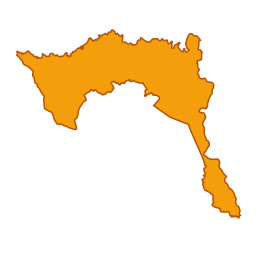 the district of Xaysetha, Attapu, Laos, rotated 175°
{"feature_id": "54806243B4321376255205", "entity_name": "Xaysetha", "entity_type": "district", "adm_level": 2, "iso_a3": "LAO", "parent_name": "Laos", "parent_adm1": "Attapu", "projection": "robinson", "projection_center": [107.034, 14.975], "detail": "fine", "context": "isolated", "style": "filled", "palette": "amber", "viewbox_px": 256, "rotation_deg": 175, "n_neighbors": 0, "source": "geoboundaries", "source_scale": "gbopen_adm2", "svg_char_len": 5808}
<svg xmlns="http://www.w3.org/2000/svg" viewBox="0 0 256 256"><g transform="rotate(175 128 128)"><path d="M24.8,40.1L26.4,41.4L27.0,43.1L27.3,45.6L26.7,46.9L26.6,49.3L27.5,50.6L28.0,53.5L30.3,58.0L32.7,59.3L33.8,63.4L36.1,65.8L36.3,66.8L36.0,69.1L34.6,70.3L34.1,71.0L37.0,74.5L38.2,77.5L40.4,80.8L40.5,82.1L39.6,85.3L40.2,87.9L40.9,88.8L41.8,89.3L46.9,89.4L50.9,90.8L51.3,91.5L51.9,91.7L52.5,92.7L54.8,94.6L54.7,95.6L54.0,96.9L52.7,98.0L50.1,101.9L48.7,103.1L48.4,105.1L48.7,107.0L49.5,108.3L50.3,108.6L50.8,109.4L52.4,114.8L52.6,116.6L51.8,121.6L53.3,124.7L52.6,127.5L50.1,131.0L49.6,132.6L50.3,134.1L50.5,135.4L51.4,136.4L55.1,137.4L55.8,138.0L55.8,138.5L54.5,140.4L53.4,141.2L51.0,141.2L49.0,140.4L48.1,140.8L46.9,142.8L46.6,145.4L44.5,150.6L42.4,153.9L41.4,154.7L41.0,156.2L40.8,158.7L39.1,161.4L38.9,163.0L39.4,165.0L40.4,166.0L45.4,167.2L46.8,170.8L50.3,170.5L52.1,171.5L52.8,172.6L52.9,174.9L53.8,175.8L53.9,176.4L53.3,178.4L52.3,179.1L51.9,180.0L52.8,181.4L53.3,183.0L52.9,185.9L53.7,186.6L52.9,188.0L53.3,188.1L52.9,189.1L49.9,189.3L48.7,190.2L48.3,195.3L47.5,197.2L48.4,197.3L48.4,198.4L49.0,199.5L51.0,199.9L51.3,200.4L51.2,201.3L50.4,203.2L50.0,207.9L49.3,208.7L48.2,209.0L49.6,211.5L51.4,213.8L54.1,214.0L55.8,215.9L56.5,216.3L58.1,216.4L59.4,215.3L60.8,213.1L63.1,207.3L62.9,204.7L62.3,204.1L62.4,203.5L62.1,203.2L62.2,201.8L61.3,201.6L61.0,200.8L60.6,200.5L61.1,199.5L63.3,198.7L63.8,198.9L64.5,200.1L64.9,201.0L64.6,201.9L65.1,202.3L65.7,201.8L65.8,200.8L66.4,199.2L67.1,199.2L68.9,200.5L69.2,201.3L70.6,203.4L71.1,204.9L70.8,205.8L68.9,207.9L69.1,208.4L70.1,208.5L72.1,207.2L74.4,206.3L75.5,203.9L76.5,203.3L77.2,203.9L77.4,205.0L77.1,205.9L77.0,208.5L76.3,209.7L76.6,210.4L77.2,210.5L78.6,208.8L80.3,208.5L81.0,209.2L81.2,211.7L81.5,212.2L84.4,212.0L86.5,213.9L87.4,212.5L88.3,212.2L89.7,212.8L91.3,214.6L92.8,214.3L95.1,214.7L96.3,214.2L98.5,211.7L99.9,212.1L101.3,211.9L105.0,214.7L106.0,216.0L106.9,216.3L107.4,216.8L108.5,214.6L109.9,214.6L111.0,213.8L112.0,211.0L113.0,210.3L114.2,210.4L116.0,209.9L116.2,211.0L117.3,211.5L118.1,212.5L119.7,211.4L120.9,211.8L121.9,212.4L122.7,213.6L125.4,213.8L126.0,214.2L126.1,215.6L125.0,220.4L125.3,221.1L126.2,221.1L126.7,220.0L127.1,219.8L128.8,221.0L130.3,223.2L131.4,222.3L132.2,222.4L132.9,225.4L133.6,226.2L134.6,226.2L134.8,226.9L135.4,227.1L135.8,226.9L136.9,225.0L138.3,225.2L139.2,224.9L140.5,222.6L142.4,224.2L146.9,222.1L148.1,222.9L149.1,223.0L149.2,222.3L147.9,221.8L147.7,221.4L149.0,220.0L150.6,219.7L151.4,218.1L152.5,219.0L153.3,218.2L154.1,218.5L154.4,217.9L155.0,217.7L156.2,218.8L156.7,220.2L157.5,219.9L157.7,220.9L158.1,220.9L159.5,220.2L159.9,218.8L161.0,217.0L162.5,215.6L165.6,214.1L165.8,213.3L165.4,212.4L166.5,210.3L167.5,210.9L167.0,212.8L167.5,213.5L169.2,211.6L170.1,212.1L171.5,211.3L173.2,210.0L174.1,208.7L175.7,208.9L176.5,208.6L177.1,207.2L178.2,207.1L178.7,206.7L178.9,206.0L178.5,204.9L179.2,204.2L180.0,204.4L180.8,205.3L182.0,204.8L182.7,205.5L182.1,207.2L182.5,208.3L184.0,207.9L184.8,206.7L186.3,205.4L187.6,204.8L188.4,205.4L189.9,205.1L190.9,205.3L192.3,207.0L194.0,206.3L195.7,207.5L196.2,208.4L197.9,209.2L199.4,208.2L200.3,206.3L202.0,206.5L202.7,206.0L203.3,206.3L203.8,207.4L205.2,208.2L205.8,209.0L206.6,209.3L207.3,206.6L208.2,205.1L210.8,205.8L212.3,205.3L212.6,205.6L212.1,206.6L212.3,206.9L215.5,207.6L216.1,209.1L218.1,210.0L218.7,210.9L219.5,211.4L219.4,212.4L220.3,213.1L221.8,213.3L223.2,211.7L225.4,211.5L226.5,210.5L226.9,210.8L227.4,212.4L229.1,212.4L231.4,214.0L232.0,213.9L231.5,211.6L232.4,210.3L229.9,207.6L228.9,205.7L227.9,204.7L227.3,203.8L226.8,201.4L225.9,200.1L221.8,197.7L217.9,193.2L217.7,191.4L218.2,190.1L218.3,188.0L217.2,186.4L216.7,181.6L216.3,180.8L214.3,179.0L214.8,177.2L213.4,176.0L210.9,170.2L208.7,167.1L208.7,166.3L209.5,164.4L209.5,155.2L208.9,154.0L202.6,150.1L201.9,148.6L200.6,142.6L198.4,138.2L193.5,137.4L191.9,136.0L189.6,135.3L186.1,133.1L180.5,131.1L179.8,131.2L179.3,131.7L179.3,133.7L180.3,138.5L180.5,140.9L180.0,141.4L178.6,142.0L177.7,143.0L176.7,145.7L176.3,148.0L175.8,149.7L174.4,152.4L170.1,157.9L167.2,159.3L167.5,161.1L168.5,163.5L168.6,164.6L165.4,166.8L164.2,167.3L163.5,167.2L162.6,167.8L161.8,169.3L160.6,168.9L159.4,167.8L158.9,167.8L157.3,168.9L156.9,168.7L154.7,165.8L151.9,164.6L151.0,163.7L150.0,163.2L146.9,164.1L146.1,165.0L144.5,165.9L142.3,164.9L141.1,165.9L139.6,168.1L139.0,168.2L138.6,169.2L140.8,174.4L140.6,174.8L138.8,175.7L138.0,174.9L137.7,175.5L136.8,175.0L136.2,173.9L135.6,173.6L135.1,173.5L134.6,173.8L134.0,173.6L133.0,171.8L132.0,171.8L131.5,172.3L131.5,172.8L130.5,173.4L129.5,173.4L129.3,173.1L128.0,172.8L127.4,173.0L127.1,173.3L127.0,174.2L126.3,174.8L125.4,175.3L123.1,175.3L123.1,176.0L122.7,176.1L122.1,175.7L122.1,174.7L120.8,173.9L118.3,174.7L117.7,174.0L113.1,172.0L110.9,171.5L109.4,171.5L105.8,165.2L107.8,163.6L107.6,160.3L108.6,159.1L108.6,158.4L107.6,158.2L105.6,159.6L101.6,161.0L100.6,160.0L100.4,158.8L96.4,157.8L94.9,156.9L94.3,156.2L94.2,154.4L94.6,153.5L100.5,148.1L85.5,135.3L67.5,126.3L65.6,119.3L56.5,92.7L54.8,86.1L54.8,84.5L53.5,83.7L53.7,82.6L55.2,81.7L56.0,80.7L55.6,77.2L54.7,76.4L55.2,74.9L56.1,74.7L57.0,73.9L56.8,73.6L56.1,73.7L55.8,73.2L56.1,71.7L57.6,70.5L58.5,70.4L58.1,69.5L58.5,68.9L57.2,67.2L58.3,66.7L58.4,65.0L57.9,64.2L57.9,62.7L56.8,59.2L55.9,59.2L55.0,58.3L51.8,56.5L51.5,55.4L49.8,54.7L49.1,52.5L49.2,50.9L49.7,49.7L49.3,49.0L49.6,47.7L49.2,46.3L50.0,45.7L50.8,44.1L50.4,43.0L47.4,41.1L45.8,40.8L44.6,40.0L43.8,39.9L43.4,39.4L43.5,38.6L43.1,38.5L43.1,37.1L42.6,36.4L39.0,35.8L34.9,35.8L33.8,31.6L32.4,31.6L32.8,31.1L32.7,30.4L31.3,30.5L30.6,31.0L29.9,30.3L28.9,30.9L28.6,30.5L27.7,30.9L27.7,30.3L26.9,30.0L26.0,28.9L25.1,29.0L25.0,30.4L23.6,31.2L24.6,32.4L24.7,33.8L23.8,34.6L23.8,36.3L24.1,38.6L24.8,40.1Z" fill="#f59e0b" stroke="#b45309" stroke-width="1.5"/></g></svg>